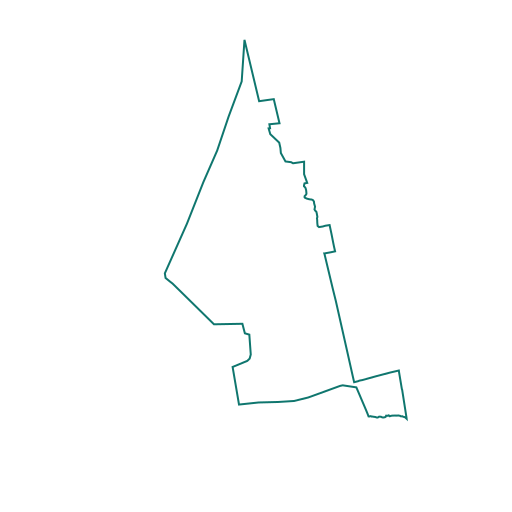 Santa María Coyotepec, Oaxaca, Mexico, rotated 249°
{"feature_id": "50627088B52914360802824", "entity_name": "Santa María Coyotepec", "entity_type": "district", "adm_level": 2, "iso_a3": "MEX", "parent_name": "Mexico", "parent_adm1": "Oaxaca", "projection": "mercator", "projection_center": [-96.717, 16.972], "detail": "fine", "context": "isolated", "style": "outline", "palette": "teal", "viewbox_px": 512, "rotation_deg": 249, "n_neighbors": 0, "source": "geoboundaries", "source_scale": "gbopen_adm2", "svg_char_len": 2246}
<svg xmlns="http://www.w3.org/2000/svg" viewBox="0 0 512 512"><g transform="rotate(249 256 256)"><path d="M99.1,339.6L100.7,325.1L102.1,310.5L102.4,309.1L102.5,308.3L102.6,307.7L102.5,306.7L103.0,302.4L109.4,303.3L136.0,307.2L185.4,314.4L198.3,316.0L220.9,319.0L233.6,320.7L233.9,320.7L233.8,321.0L233.5,322.8L232.7,327.0L232.0,331.5L236.9,332.2L241.1,332.9L249.1,334.3L258.5,335.8L259.4,331.6L259.5,330.5L259.6,328.9L259.7,328.5L260.4,325.2L261.0,324.9L261.8,324.4L262.0,324.3L263.9,324.8L264.3,324.9L265.6,325.3L267.9,326.1L269.3,326.4L269.5,326.5L270.0,327.0L270.8,327.4L272.6,327.7L274.0,328.0L275.7,328.2L277.2,327.5L278.5,327.3L280.9,328.8L284.2,329.1L286.0,329.6L287.5,329.3L287.6,329.2L287.8,329.1L288.3,328.7L289.0,327.8L289.3,327.1L290.0,325.9L291.3,324.1L292.8,322.6L293.5,322.4L294.4,322.8L294.8,323.6L295.3,324.6L295.9,325.3L296.6,325.6L297.1,325.7L297.3,325.8L299.6,326.4L301.6,326.6L302.6,326.4L303.9,325.8L304.7,326.1L306.4,327.3L305.9,330.0L315.1,330.2L326.8,334.7L329.3,323.8L331.0,322.4L333.7,317.4L343.2,316.1L348.1,317.5L353.5,318.3L364.6,313.0L370.6,313.5L370.2,314.9L374.2,315.7L371.5,325.5L396.1,328.8L399.4,314.4L461.9,322.7L424.1,305.2L396.1,280.5L368.3,257.5L343.9,233.4L310.9,203.1L272.5,164.7L267.9,163.7L263.0,166.5L260.2,168.2L207.3,192.3L204.1,201.1L197.6,219.0L187.8,217.9L185.0,221.6L165.9,215.8L162.5,213.3L161.2,210.3L160.8,194.4L123.4,186.9L118.3,206.0L111.8,224.3L107.0,239.6L105.2,254.0L104.6,287.9L104.2,290.6L97.4,302.6L87.2,303.0L86.7,303.0L73.3,303.5L68.7,303.6L65.9,303.6L65.5,304.5L65.5,305.2L65.3,305.8L64.7,306.3L64.5,306.9L64.2,307.5L63.8,308.1L63.5,308.7L63.2,309.2L62.8,309.9L62.3,310.4L61.8,311.1L61.6,311.8L61.7,312.5L61.9,313.2L61.7,313.8L61.4,314.5L61.2,315.0L60.5,315.6L60.1,316.1L59.7,316.7L59.5,317.4L59.4,318.0L59.3,318.6L59.4,319.4L60.3,320.3L60.0,320.9L59.7,321.5L59.7,322.2L59.7,322.8L58.6,323.2L58.4,323.9L58.4,324.6L58.3,325.2L58.2,325.8L58.0,326.4L57.7,327.2L57.5,327.8L57.3,328.5L57.0,329.0L56.9,329.6L56.5,330.2L56.3,331.0L56.2,331.6L55.9,332.0L55.5,332.7L55.1,333.3L54.4,333.8L54.1,334.5L54.0,335.1L53.4,335.6L52.9,336.2L52.5,336.8L52.1,337.3L50.1,338.3L51.3,338.6L78.7,344.5L79.6,344.5L96.2,347.9L97.9,348.3L99.1,339.6Z" fill="none" stroke="#0f766e" stroke-width="2"/></g></svg>